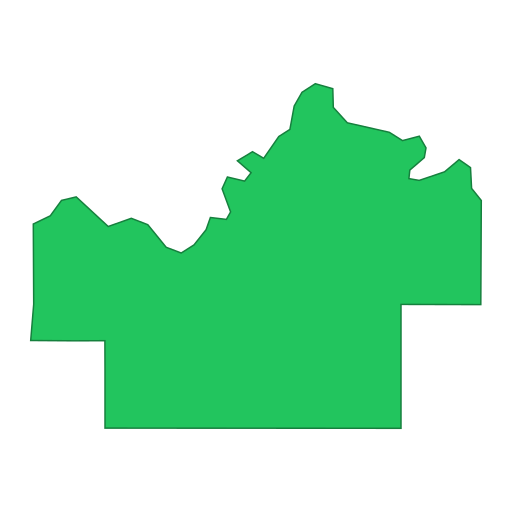 outline of Haskell, Oklahoma, United States of America
{"feature_id": "52423323B35994808569897", "entity_name": "Haskell", "entity_type": "district", "adm_level": 2, "iso_a3": "USA", "parent_name": "United States of America", "parent_adm1": "Oklahoma", "projection": "mercator", "projection_center": [-95.116, 35.259], "detail": "fine", "context": "isolated", "style": "filled", "palette": "green", "viewbox_px": 512, "rotation_deg": 0, "n_neighbors": 0, "source": "geoboundaries", "source_scale": "gbopen_adm2", "svg_char_len": 746}
<svg xmlns="http://www.w3.org/2000/svg" viewBox="0 0 512 512"><path d="M401.0,428.3L401.0,304.4L480.8,304.6L481.3,200.5L471.6,188.4L470.5,167.6L459.1,159.6L444.6,171.8L419.2,180.4L408.9,178.6L409.8,170.1L424.3,157.6L426.0,147.9L419.3,136.2L402.5,140.6L389.3,132.3L347.3,122.8L333.3,107.4L332.8,88.7L315.3,83.7L302.0,92.3L294.2,106.0L289.9,129.4L278.8,136.5L263.7,158.3L252.5,151.7L237.4,160.8L251.1,172.7L244.6,181.1L227.4,177.0L222.1,188.8L230.6,211.9L226.4,219.4L210.4,217.5L206.1,229.7L194.0,244.9L181.2,253.0L166.2,247.3L147.8,224.7L131.3,218.3L108.2,226.5L76.2,196.9L61.5,200.4L50.3,215.8L33.3,224.0L33.7,304.2L30.7,340.5L73.8,340.8L104.9,340.7L105.0,370.2L105.0,428.1L401.0,428.3Z" fill="#22c55e" stroke="#15803d" stroke-width="1.5"/></svg>